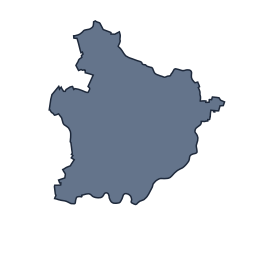 Binh Giang, Hải Dương, Vietnam, rotated 109°
{"feature_id": "81297802B56696175700764", "entity_name": "Binh Giang", "entity_type": "district", "adm_level": 2, "iso_a3": "VNM", "parent_name": "Vietnam", "parent_adm1": "Hải Dương", "projection": "mercator", "projection_center": [106.189, 20.876], "detail": "fine", "context": "isolated", "style": "filled", "palette": "slate", "viewbox_px": 256, "rotation_deg": 109, "n_neighbors": 0, "source": "geoboundaries", "source_scale": "gbopen_adm2", "svg_char_len": 5781}
<svg xmlns="http://www.w3.org/2000/svg" viewBox="0 0 256 256"><g transform="rotate(109 128 128)"><path d="M58.5,209.4L60.6,208.5L60.4,207.2L59.8,205.4L63.9,202.5L70.2,198.4L72.2,196.9L71.1,195.9L72.0,195.1L72.8,194.6L74.1,195.3L74.8,195.6L76.3,194.7L78.2,196.1L78.9,196.5L79.9,196.8L81.3,196.8L84.4,197.4L85.8,197.6L89.3,193.9L89.7,193.4L88.7,192.2L88.0,191.5L88.0,191.2L88.2,189.9L87.9,189.3L87.4,188.6L87.2,187.9L87.7,187.7L87.6,187.1L88.3,186.9L89.7,186.4L89.5,184.5L89.3,181.1L89.3,178.1L91.1,178.3L99.1,179.0L101.8,179.3L102.4,177.8L102.8,177.3L103.6,176.9L104.6,176.9L107.3,177.3L107.6,177.9L107.8,178.9L107.8,179.8L107.7,181.7L107.6,182.9L107.5,186.4L107.6,188.1L108.0,190.7L108.0,191.1L109.0,191.5L109.3,191.8L108.8,192.3L106.9,193.8L106.8,194.1L106.9,194.3L108.2,196.2L109.1,196.9L109.7,197.4L111.8,199.1L113.8,199.3L114.3,200.9L113.7,201.6L112.2,203.5L111.1,204.5L113.6,205.4L112.1,206.3L111.3,206.8L111.1,207.0L119.2,210.0L120.5,210.5L121.1,210.8L125.1,210.4L125.7,210.4L132.7,209.1L136.5,208.4L136.3,207.7L136.6,207.5L137.8,205.9L138.2,205.3L138.5,203.8L138.9,203.1L139.8,201.7L139.6,201.2L138.8,200.1L137.2,198.2L137.8,197.4L140.0,194.1L143.8,191.5L144.5,191.0L145.2,190.2L145.7,189.4L146.3,187.1L147.0,184.9L147.5,184.0L148.4,183.0L150.0,181.4L150.9,180.9L151.9,180.4L153.3,179.9L155.8,179.1L157.2,178.8L159.9,178.1L160.2,177.5L160.5,177.2L165.1,174.9L166.6,174.2L169.9,172.5L170.8,172.7L171.3,172.9L171.7,171.7L172.0,171.1L173.7,171.6L174.7,171.9L175.5,168.5L180.9,169.9L182.4,170.1L182.5,170.2L184.6,172.6L185.4,173.5L187.9,175.5L188.5,176.2L189.7,175.0L191.3,172.9L191.9,172.3L192.9,172.0L195.8,171.5L199.8,176.7L202.2,174.7L201.7,173.7L202.7,173.3L203.8,173.1L204.8,175.4L205.9,178.6L206.7,178.6L207.6,178.4L208.0,178.2L209.0,177.7L212.5,176.0L213.9,175.3L214.1,175.2L214.8,174.5L215.2,174.2L216.2,174.2L217.2,174.4L218.6,174.4L218.4,172.4L218.4,170.6L218.2,168.8L218.2,168.1L217.5,164.2L217.4,162.5L217.6,160.4L218.0,157.5L217.8,156.4L217.1,154.2L216.9,153.8L216.3,153.5L215.9,153.5L213.3,154.0L211.7,154.1L210.8,154.1L210.3,153.9L209.7,153.6L209.3,153.0L208.6,151.5L208.2,149.5L207.8,149.3L206.7,149.9L204.1,146.1L203.3,144.5L202.9,143.5L203.0,141.8L204.1,139.3L204.3,138.2L204.3,136.3L203.9,134.2L203.5,133.0L202.7,131.2L202.1,130.5L201.5,130.0L200.4,129.5L199.2,129.2L197.9,129.0L197.3,128.7L196.6,128.0L196.3,127.2L196.3,126.4L196.4,125.8L196.7,125.2L197.4,124.6L198.4,123.8L200.3,122.9L202.3,121.1L203.3,119.7L203.5,119.0L203.7,118.3L203.7,117.0L203.1,114.9L202.2,113.0L201.5,111.9L200.6,111.3L199.4,111.0L196.8,110.6L195.7,110.6L194.6,110.6L192.9,110.6L192.3,110.4L191.3,109.8L191.1,109.4L190.8,108.9L190.6,108.2L190.5,107.1L190.5,106.3L190.6,105.6L190.8,105.0L191.1,104.2L191.7,103.2L192.3,102.7L193.0,102.1L193.9,101.6L194.6,101.2L195.4,101.1L196.8,101.0L197.1,100.8L197.5,100.3L197.9,97.6L197.9,96.2L197.7,95.7L197.3,95.3L196.8,94.9L196.0,94.6L195.1,94.1L194.2,93.5L193.5,93.1L192.5,91.9L190.8,89.9L190.3,89.5L188.3,88.4L187.4,88.0L186.7,87.7L183.9,87.0L182.0,86.7L176.7,85.9L175.7,85.8L173.5,86.0L172.6,86.0L169.9,84.9L169.0,84.5L167.9,83.7L166.9,82.9L166.0,82.0L165.5,81.4L165.3,81.0L165.0,80.4L164.0,77.1L162.8,74.3L162.4,73.6L161.9,73.0L161.5,72.5L160.9,72.0L160.0,71.5L159.1,71.0L155.4,69.4L153.0,68.0L151.9,67.3L150.9,66.4L150.1,65.7L148.6,64.2L147.9,63.5L147.1,63.0L146.0,62.3L143.7,61.2L141.8,60.5L140.8,60.2L139.8,59.9L138.9,59.8L137.5,59.9L136.4,60.1L135.4,60.3L134.4,60.3L133.7,60.1L133.1,59.8L132.1,58.9L131.3,57.9L130.8,57.2L130.5,56.6L129.9,55.8L129.4,55.3L128.9,55.0L128.6,54.9L128.1,55.0L127.5,55.2L125.6,56.1L123.8,57.1L123.0,57.5L122.1,57.8L118.2,58.0L117.4,58.0L116.3,58.3L114.6,58.7L113.7,59.3L112.8,59.9L112.2,60.5L111.5,61.3L110.5,62.8L110.1,63.2L109.7,63.5L109.2,63.7L107.5,63.9L106.7,63.8L105.8,63.5L104.7,62.8L101.9,60.9L101.1,60.5L99.7,60.4L99.1,60.5L98.6,60.7L97.9,60.9L97.2,58.7L97.0,57.9L96.7,57.3L96.4,57.0L95.5,55.2L95.4,54.9L94.1,55.3L93.8,54.2L93.5,53.8L93.2,53.6L92.5,53.7L90.7,54.1L90.6,53.9L88.9,54.4L87.0,54.9L84.2,55.4L83.6,52.8L84.8,52.4L84.6,51.2L83.3,51.6L82.9,49.8L82.3,47.9L77.1,48.2L75.8,45.2L71.9,45.2L71.6,49.5L69.8,51.8L70.3,54.5L71.2,58.3L74.0,58.2L74.5,60.1L74.7,60.4L77.2,59.7L78.1,61.7L78.4,62.8L77.1,63.1L77.5,64.7L78.0,66.0L79.0,68.4L78.2,68.7L77.0,68.9L76.0,69.2L74.9,69.6L73.9,70.2L73.2,70.7L72.6,71.0L71.0,71.5L70.2,71.9L69.5,72.4L68.5,73.2L66.9,74.7L65.7,73.8L64.5,74.7L62.4,76.6L61.9,77.0L62.2,77.5L63.4,79.4L63.1,80.2L62.0,82.0L61.4,82.9L60.9,83.4L59.5,84.5L57.6,85.2L55.0,85.9L54.2,86.4L53.7,87.0L53.4,87.5L53.3,88.0L53.2,88.9L53.6,90.4L53.8,91.1L54.4,92.2L55.0,93.0L55.8,94.5L56.0,95.2L56.1,96.0L56.2,99.2L56.5,102.2L56.9,102.8L57.3,103.3L57.9,103.5L61.2,104.1L62.2,104.5L63.2,104.8L63.9,104.8L64.7,105.0L65.2,105.6L66.2,107.6L67.5,109.0L68.0,109.7L68.2,110.4L68.1,112.8L68.2,114.5L68.1,116.5L68.1,118.3L67.8,119.7L67.3,120.8L66.3,121.9L65.2,122.8L63.5,124.3L63.1,125.3L63.3,127.0L63.4,129.9L63.2,130.7L62.8,131.5L62.6,132.0L62.7,132.8L62.9,133.4L63.0,134.1L63.0,134.7L62.8,135.3L62.4,135.8L61.8,136.2L61.5,136.6L61.3,137.3L61.2,138.1L61.3,141.5L61.2,146.3L61.2,147.8L61.2,149.4L61.1,150.6L60.5,153.7L59.5,155.3L58.9,156.2L56.9,158.7L55.4,160.9L55.0,161.7L54.1,163.8L53.4,163.9L50.7,163.6L49.4,163.6L48.4,163.7L48.0,163.8L47.6,164.1L46.8,164.5L43.9,165.2L42.7,165.6L41.0,166.7L39.9,167.5L42.4,169.9L43.1,170.5L43.7,171.2L44.7,174.7L43.3,175.2L43.2,176.4L43.0,183.0L42.9,183.6L38.4,188.3L37.9,189.0L37.8,189.4L37.8,191.9L37.6,193.1L37.4,193.8L37.7,194.1L38.6,194.9L38.8,195.1L40.5,194.6L41.4,194.4L42.6,194.2L43.2,194.2L43.7,194.3L44.5,194.6L45.2,195.0L45.8,195.5L46.5,196.0L47.0,196.6L47.6,197.5L48.6,199.3L49.7,201.0L50.3,201.5L50.8,201.8L51.6,202.1L52.9,202.8L54.3,203.7L55.0,204.2L56.2,205.5L57.7,207.7L58.1,208.3L58.5,209.4Z" fill="#64748b" stroke="#1e293b" stroke-width="1.5"/></g></svg>